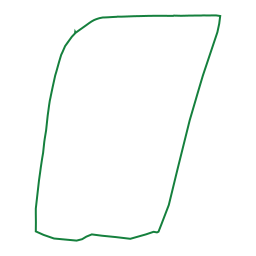 the district of Reduit Park, Gros Islet, Saint Lucia
{"feature_id": "8701671B38188499976025", "entity_name": "Reduit Park", "entity_type": "district", "adm_level": 2, "iso_a3": "LCA", "parent_name": "Saint Lucia", "parent_adm1": "Gros Islet", "projection": "natural_earth1", "projection_center": [-60.956, 14.066], "detail": "fine", "context": "isolated", "style": "outline", "palette": "green", "viewbox_px": 256, "rotation_deg": 0, "n_neighbors": 0, "source": "geoboundaries", "source_scale": "gbopen_adm2", "svg_char_len": 1160}
<svg xmlns="http://www.w3.org/2000/svg" viewBox="0 0 256 256"><path d="M75.2,32.0L75.0,33.4L71.8,36.8L69.2,40.4L66.0,44.9L68.5,41.3L65.1,46.1L62.4,52.3L61.2,54.8L59.1,61.8L56.4,71.5L55.2,75.5L52.6,87.3L50.8,95.9L50.5,97.5L49.8,100.7L49.1,105.2L48.5,109.7L47.7,115.5L46.1,130.4L44.8,138.3L44.3,141.7L43.1,152.9L42.6,155.8L42.0,159.4L40.8,167.4L40.1,172.6L39.0,180.4L35.8,208.6L35.8,213.1L35.9,222.6L35.8,231.4L43.6,234.9L54.0,238.5L76.6,240.6L82.1,239.2L86.4,236.6L91.8,234.4L101.8,235.7L116.0,237.1L130.3,238.8L145.9,234.4L153.6,231.8L157.0,232.4L158.5,231.7L161.1,225.1L168.8,205.0L174.6,181.2L175.5,177.5L177.9,167.7L189.7,120.3L195.6,100.2L197.4,94.0L202.8,75.8L217.4,32.2L219.2,23.8L220.2,16.0L216.1,15.4L211.1,15.4L210.1,15.5L203.0,15.4L201.6,15.5L189.4,15.6L181.2,15.8L173.8,15.6L173.2,15.9L170.5,15.9L165.3,15.8L157.4,15.8L154.8,15.8L147.5,15.9L139.7,16.1L134.3,16.2L123.6,16.6L120.3,16.7L119.4,16.7L117.7,16.6L116.9,16.8L114.8,16.9L112.9,17.0L109.6,17.2L105.8,17.4L102.7,17.5L100.7,17.9L99.3,18.2L97.7,18.7L95.7,19.4L94.0,20.1L91.5,21.5L89.0,23.2L86.1,25.3L79.6,29.9L77.1,31.7L75.6,32.8L75.2,32.0Z" fill="none" stroke="#15803d" stroke-width="2"/></svg>